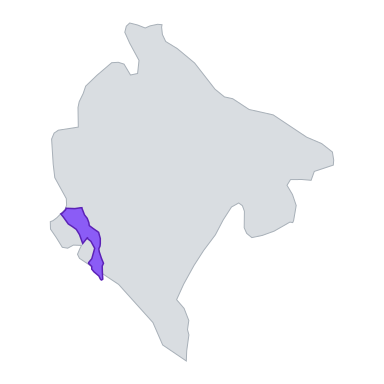 Kotor highlighted on a map of Montenegro
{"feature_id": "MNE-1507", "entity_name": "Kotor", "entity_type": "Municipality", "adm_level": 1, "iso_a3": "MNE", "parent_name": "Montenegro", "parent_adm1": "", "projection": "albers", "projection_center": [18.686, 42.45], "detail": "fine", "context": "in_parent", "style": "filled", "palette": "violet", "viewbox_px": 384, "rotation_deg": 0, "n_neighbors": 0, "source": "natural_earth", "source_scale": "10m", "svg_char_len": 1796}
<svg xmlns="http://www.w3.org/2000/svg" viewBox="0 0 384 384"><path d="M162.0,24.7L161.6,27.2L162.4,34.5L165.7,41.5L177.4,48.7L194.6,63.0L215.0,89.2L224.4,96.9L232.7,98.7L249.1,109.5L260.5,112.0L273.2,114.9L306.7,137.2L321.7,143.6L332.4,152.0L333.7,160.1L333.3,165.1L314.3,171.4L311.1,180.3L301.8,179.5L290.5,179.6L287.0,185.3L292.5,194.6L296.2,205.5L293.6,220.6L292.7,222.6L289.9,222.1L274.2,231.1L262.4,235.4L251.8,237.6L246.7,233.4L244.2,227.8L244.4,211.2L242.4,205.7L238.7,203.0L231.5,207.0L223.2,219.9L215.4,234.8L203.7,250.4L194.1,265.3L183.7,284.1L176.6,299.7L184.1,308.4L188.8,320.5L187.5,329.6L188.9,334.9L186.7,350.9L186.3,361.0L162.7,345.0L152.9,322.5L118.6,284.4L79.5,258.4L77.5,254.3L79.6,249.3L81.5,245.4L73.4,245.1L67.7,248.2L62.3,247.3L56.3,237.6L50.5,229.1L50.3,221.7L52.9,220.7L56.8,217.8L65.0,209.5L66.6,205.2L66.3,198.6L54.8,177.7L53.2,164.2L51.6,139.1L54.1,133.1L58.3,130.2L78.3,127.1L78.0,107.5L79.2,101.7L83.2,93.5L85.7,86.1L96.8,75.4L111.7,62.7L118.3,62.3L124.0,64.1L130.5,75.0L137.6,73.5L139.0,60.4L129.7,43.2L124.8,32.3L126.3,26.2L129.7,23.0L137.6,25.0L145.2,28.0L150.0,25.9L157.6,24.3L162.0,24.7Z" fill="#d9dde1" stroke="#a8b0b8" stroke-width="1"/><path d="M60.8,213.9L62.4,213.0L65.5,209.9L66.2,208.2L66.4,208.3L74.9,208.6L80.4,207.8L81.9,207.7L82.1,208.7L84.5,214.9L87.2,218.3L88.8,222.5L89.3,225.6L92.9,228.3L98.6,232.3L100.3,238.5L100.3,243.5L100.0,246.1L98.8,248.9L99.3,251.9L101.4,258.2L103.5,263.3L102.2,266.1L102.4,272.4L102.7,278.1L102.8,279.1L102.5,279.5L101.3,280.0L100.3,278.9L98.9,276.0L94.0,271.9L91.7,269.1L91.7,266.4L90.8,265.6L89.5,264.2L88.6,263.5L88.6,262.6L91.8,258.7L94.7,248.3L90.9,241.3L87.4,238.5L87.7,237.3L82.7,243.5L79.5,234.6L76.3,229.4L72.1,226.4L68.3,224.0L63.3,217.0L60.8,213.9Z" fill="#8b5cf6" stroke="#5b21b6" stroke-width="1.5"/></svg>